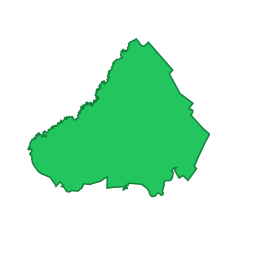 the district of Sicula, Arad, Romania, rotated 298°
{"feature_id": "2599482B64566475675092", "entity_name": "Sicula", "entity_type": "district", "adm_level": 2, "iso_a3": "ROU", "parent_name": "Romania", "parent_adm1": "Arad", "projection": "natural_earth1", "projection_center": [21.749, 46.472], "detail": "fine", "context": "isolated", "style": "filled", "palette": "green", "viewbox_px": 256, "rotation_deg": 298, "n_neighbors": 0, "source": "geoboundaries", "source_scale": "gbopen_adm2", "svg_char_len": 5530}
<svg xmlns="http://www.w3.org/2000/svg" viewBox="0 0 256 256"><g transform="rotate(298 128 128)"><path d="M159.8,203.0L161.0,202.6L162.9,194.0L169.0,177.3L170.3,177.7L171.7,177.7L173.9,177.1L173.8,176.4L174.2,174.9L173.5,174.4L173.7,172.7L180.3,173.7L182.8,157.8L195.3,139.0L200.1,140.4L213.3,105.7L208.0,104.0L207.4,102.9L207.2,100.2L208.9,97.7L210.5,93.3L208.2,92.5L207.9,92.2L208.0,91.7L207.8,91.4L206.7,91.2L206.0,90.6L205.2,89.7L202.9,89.1L202.2,89.1L201.8,90.2L201.5,90.4L199.6,89.9L198.7,90.1L197.9,90.7L196.7,90.7L195.8,90.1L195.1,90.7L194.8,90.3L195.0,89.3L194.7,89.2L193.9,89.4L193.6,89.2L194.4,88.3L194.4,88.0L193.7,88.2L193.4,88.1L193.4,87.9L193.9,87.5L195.0,87.4L195.2,87.0L194.5,86.5L193.0,86.9L192.4,86.0L191.7,86.9L191.0,86.8L190.3,87.1L189.1,87.2L188.3,88.1L188.0,89.9L186.6,89.8L186.4,89.5L186.2,88.5L184.8,88.2L183.9,87.5L183.7,86.5L183.2,85.7L181.4,85.5L180.8,84.7L179.3,85.0L178.8,84.4L178.3,85.3L177.5,84.6L176.6,85.3L173.7,85.0L173.1,86.0L172.4,86.4L171.6,86.0L170.3,84.9L169.3,85.5L169.0,85.3L169.2,84.6L168.8,84.4L168.1,84.8L167.8,85.8L167.5,85.9L167.1,85.8L166.9,85.1L166.7,85.0L165.5,85.8L163.9,85.6L163.6,85.9L163.6,86.9L164.2,87.3L163.9,87.8L161.9,87.6L161.6,86.8L161.3,86.7L160.8,87.1L160.8,87.8L160.0,88.0L159.7,88.4L157.6,87.1L156.4,87.2L155.9,87.1L156.2,86.2L158.3,85.1L158.2,84.7L157.9,84.5L156.4,84.5L156.4,84.0L157.0,83.7L156.9,83.3L155.6,83.2L154.4,83.8L153.9,83.8L153.7,83.7L153.3,82.8L152.6,83.0L152.1,83.3L151.2,82.7L151.0,83.2L151.4,83.9L150.0,84.2L149.9,84.5L150.3,84.8L150.0,85.1L148.7,84.4L148.8,84.1L147.4,84.1L147.3,83.6L148.3,82.7L147.3,82.3L146.7,82.8L145.4,82.7L145.5,83.5L145.2,83.8L144.9,83.8L144.6,83.4L144.1,83.3L143.8,83.4L143.7,84.0L142.8,83.6L141.6,83.7L141.6,85.0L141.2,85.2L140.8,85.0L140.5,85.2L141.1,85.7L141.3,86.4L140.8,86.5L139.8,85.7L139.6,85.9L139.9,86.5L140.9,87.4L141.0,87.9L140.8,88.2L139.5,87.6L139.3,86.6L138.9,86.8L138.9,87.8L138.0,87.4L137.7,86.5L137.5,86.4L136.9,86.6L136.5,87.5L136.1,87.6L135.6,87.0L136.6,85.3L136.6,85.0L135.9,84.9L134.5,85.9L133.8,85.6L133.6,86.1L133.3,86.2L133.0,86.0L132.8,85.4L133.1,84.8L133.1,84.5L132.5,84.1L132.1,84.1L131.9,84.4L131.6,85.8L131.3,86.1L130.7,86.1L130.5,85.9L130.5,85.2L131.3,83.2L131.9,83.1L132.5,83.5L132.9,83.2L132.8,82.7L132.6,82.5L130.5,82.2L130.5,81.8L131.0,81.4L130.9,80.8L131.6,80.5L131.5,80.0L129.6,80.8L129.1,80.8L129.1,80.4L129.3,80.2L131.2,79.7L131.3,79.4L131.0,79.2L129.6,79.3L128.5,79.8L128.1,79.7L128.0,78.8L126.9,77.5L126.4,77.6L125.7,78.0L125.4,77.9L125.1,77.5L125.1,76.9L124.7,76.5L124.0,76.8L123.8,77.7L124.1,78.1L125.7,79.0L125.9,79.2L125.7,79.7L123.7,79.4L123.5,79.2L123.2,77.9L122.6,77.5L121.7,77.7L121.0,78.2L120.6,77.3L120.4,77.3L120.0,78.4L119.6,78.5L118.9,77.2L118.4,77.0L118.2,77.3L117.9,78.7L116.1,77.6L115.6,77.6L114.6,78.5L114.6,79.2L113.4,79.6L112.1,78.0L111.6,77.9L111.4,78.2L111.1,78.2L110.7,78.0L110.7,77.6L110.0,77.1L109.9,76.4L110.8,75.4L110.8,74.4L111.8,73.9L111.9,73.2L110.5,72.2L110.4,71.5L110.7,70.7L109.1,70.3L108.6,70.0L109.1,68.9L108.9,68.5L108.2,68.7L107.5,69.9L107.0,69.9L106.8,69.3L107.6,68.2L107.6,67.7L107.4,67.3L104.9,67.8L103.1,67.1L101.9,67.2L102.1,66.5L103.4,65.6L103.4,65.2L102.9,65.1L100.7,65.8L100.0,65.8L99.7,65.2L100.0,64.4L99.8,63.8L99.2,63.8L98.0,64.4L97.2,64.2L96.8,63.6L95.6,63.5L96.1,62.7L95.3,61.7L94.3,61.4L94.1,60.5L93.4,60.6L93.2,61.0L93.3,61.9L93.0,62.2L92.7,61.9L92.5,61.6L92.5,60.1L92.0,60.0L90.6,60.6L90.4,60.5L90.2,59.6L89.5,59.3L89.2,58.5L88.8,58.6L88.5,59.1L87.8,59.0L86.9,59.3L86.3,58.9L85.6,57.5L85.7,57.0L86.2,56.6L86.3,56.2L85.3,55.9L85.1,55.1L83.7,55.4L82.9,56.0L82.7,56.4L83.2,58.0L83.1,58.8L82.8,59.8L82.3,60.0L81.4,59.1L81.3,58.7L81.5,57.7L81.3,57.0L80.3,56.6L80.0,56.2L81.4,55.3L81.2,53.2L80.3,52.9L80.2,52.7L81.7,52.1L81.8,51.6L80.6,51.1L80.0,51.3L79.1,51.2L79.0,50.1L78.8,50.0L78.1,50.3L78.1,51.0L77.9,51.5L76.4,51.1L75.7,51.2L75.6,50.9L76.0,50.2L75.9,49.8L75.5,49.9L74.9,50.9L74.1,50.9L73.5,50.2L73.6,49.2L73.2,48.6L71.1,49.0L69.8,48.4L66.9,49.5L65.2,49.4L64.9,49.5L64.6,50.3L64.3,50.5L63.9,50.4L63.3,49.6L62.4,49.6L62.2,50.2L62.4,51.1L63.7,52.2L64.0,52.8L63.9,53.1L62.2,53.9L59.4,53.3L59.1,53.6L59.2,54.1L58.5,54.2L58.1,56.3L55.5,57.6L53.2,59.5L52.7,59.7L50.7,62.6L48.7,67.0L48.0,68.0L47.4,69.6L47.6,70.5L47.6,70.8L46.9,71.5L47.9,82.6L43.3,91.3L42.7,91.8L48.4,93.2L47.3,97.3L45.3,96.8L45.6,99.4L45.1,100.5L43.9,102.2L43.8,102.7L43.2,103.6L43.2,104.2L44.1,106.3L46.4,107.7L47.6,110.8L49.2,113.8L51.4,114.3L52.7,115.2L54.7,115.5L56.4,115.2L58.1,115.4L60.0,120.4L61.1,121.7L62.2,122.5L67.9,128.5L68.8,129.1L72.0,130.6L75.0,132.8L65.1,137.6L68.9,143.2L74.7,152.5L72.1,152.5L71.3,152.7L71.6,152.9L71.7,153.6L72.0,153.9L72.6,153.9L73.1,153.7L74.1,153.8L74.1,155.5L74.2,155.8L74.5,155.8L74.8,155.6L75.8,153.5L76.4,153.3L76.8,153.5L77.0,154.6L77.4,155.0L77.9,154.9L79.0,154.2L79.4,154.5L79.9,155.3L80.0,155.9L80.4,156.3L84.6,166.2L84.0,171.9L82.7,175.1L79.0,179.6L79.2,179.8L78.8,181.0L78.8,181.5L79.1,182.0L80.9,184.1L83.1,184.4L84.4,184.9L84.9,185.7L85.0,186.2L84.9,186.9L84.3,188.0L84.2,188.7L84.4,189.1L84.9,189.6L85.5,189.9L86.3,190.0L86.9,189.8L87.4,189.4L88.0,188.4L88.6,188.0L94.7,186.7L96.8,185.4L97.4,185.3L98.3,185.4L98.6,185.6L100.2,187.5L100.8,188.9L101.2,189.4L101.9,190.1L102.9,190.4L105.5,190.3L110.2,188.6L110.4,188.2L110.6,186.5L111.8,187.0L112.1,186.8L113.0,186.6L113.7,186.8L114.4,188.0L115.5,188.5L115.8,189.3L113.9,188.6L112.9,188.7L112.7,188.9L107.8,196.7L111.9,198.9L109.9,205.6L124.2,207.6L126.0,203.7L127.2,204.4L135.1,203.7L152.6,202.8L159.8,203.0Z" fill="#22c55e" stroke="#15803d" stroke-width="1.5"/></g></svg>